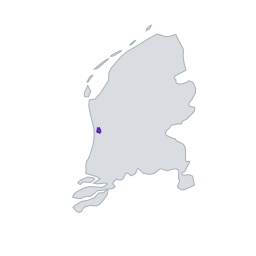 location of Haarlem, Noord-Holland, Netherlands, rotated 333°
{"feature_id": "6326949B1246311998557", "entity_name": "Haarlem", "entity_type": "district", "adm_level": 2, "iso_a3": "NLD", "parent_name": "Netherlands", "parent_adm1": "Noord-Holland", "projection": "robinson", "projection_center": [4.639, 52.384], "detail": "fine", "context": "in_parent", "style": "filled", "palette": "violet", "viewbox_px": 256, "rotation_deg": 333, "n_neighbors": 0, "source": "geoboundaries", "source_scale": "gbopen_adm2", "svg_char_len": 3793}
<svg xmlns="http://www.w3.org/2000/svg" viewBox="0 0 256 256"><g transform="rotate(333 128 128)"><path d="M161.3,209.0L156.8,208.9L152.5,208.8L150.2,208.5L147.8,207.6L146.7,205.9L145.4,203.8L145.7,202.5L149.7,198.8L150.3,197.7L149.9,197.2L150.3,195.6L153.3,190.1L153.7,187.9L152.3,186.3L150.3,185.4L143.9,183.8L140.8,181.5L139.4,179.4L137.9,178.9L135.8,179.6L130.5,180.3L126.2,179.2L121.1,175.4L119.9,172.0L119.2,169.4L118.0,168.5L116.3,169.8L114.1,172.0L109.8,172.2L108.6,171.7L108.4,170.6L108.1,169.4L106.9,168.0L105.7,167.3L100.2,171.2L98.2,171.2L95.7,169.7L94.4,168.2L91.6,169.0L89.1,170.8L90.0,174.3L88.6,174.9L85.5,174.6L82.0,173.2L78.1,172.3L72.2,170.0L64.0,171.9L58.2,169.6L53.5,169.4L50.5,167.5L47.3,164.5L49.6,162.4L51.8,161.7L60.5,161.4L66.9,162.6L78.2,169.3L81.1,169.2L84.2,168.4L82.6,166.5L79.8,165.7L75.5,163.9L72.2,161.4L80.1,160.6L79.0,159.2L78.0,157.0L69.6,149.3L71.1,147.2L73.2,142.7L75.8,138.9L77.9,137.9L81.3,135.3L88.8,127.5L93.5,121.2L97.1,113.7L102.2,93.0L103.7,89.4L106.2,85.5L109.3,86.3L111.5,87.4L119.1,84.5L132.2,76.8L136.0,70.2L139.8,67.1L154.8,61.1L163.1,59.3L175.9,58.8L185.1,57.8L196.2,57.4L200.5,61.1L203.0,63.8L207.0,65.3L213.1,66.3L212.9,71.7L213.1,82.3L212.6,84.1L209.9,88.6L207.1,96.6L206.4,101.9L205.6,102.9L193.8,102.9L192.2,103.8L192.0,104.9L192.6,106.3L192.3,107.6L191.4,108.7L191.9,110.5L194.0,112.4L197.7,113.7L201.7,113.8L203.7,113.6L205.2,115.0L206.7,117.2L206.7,119.9L206.1,123.6L204.3,127.0L198.9,130.9L196.5,132.3L194.3,133.0L193.2,134.1L192.7,135.4L192.8,136.6L196.7,139.7L196.6,140.4L195.5,142.1L194.1,143.6L184.1,146.8L180.0,146.6L177.7,148.2L176.9,148.5L174.3,147.0L168.5,145.3L166.3,145.9L165.1,146.8L161.4,147.9L158.8,149.7L158.8,152.0L163.5,157.8L165.2,159.0L165.3,161.2L167.5,163.9L169.9,167.4L170.1,169.6L169.9,171.8L168.7,174.9L164.8,182.3L164.7,183.7L165.1,184.8L166.5,185.1L167.5,185.7L167.2,186.6L159.7,191.7L158.7,192.6L155.6,192.4L155.1,193.2L155.5,194.6L156.8,195.8L159.5,196.5L161.8,197.8L163.7,200.3L161.3,209.0ZM82.0,173.2L81.4,175.3L79.6,177.6L73.7,181.0L67.5,183.2L64.3,183.0L62.1,181.8L60.9,180.6L57.6,179.4L53.1,178.8L50.3,180.1L48.2,181.3L46.5,181.1L45.2,180.1L44.2,178.5L42.9,173.7L46.2,172.8L53.6,172.4L59.2,174.1L66.7,175.0L72.4,172.6L76.9,174.6L82.0,173.2ZM69.7,153.3L74.1,156.3L75.0,157.3L75.3,158.4L69.8,159.6L63.9,155.8L60.0,156.7L58.6,154.9L58.5,153.8L62.6,152.9L69.7,153.3ZM111.4,78.3L107.0,82.3L104.3,81.1L103.6,80.2L104.9,77.1L111.4,71.9L111.4,78.3ZM130.7,60.5L126.6,61.0L124.7,60.2L134.6,57.9L140.9,57.2L142.0,57.6L130.7,60.5ZM157.2,56.4L148.5,57.3L145.6,56.6L145.1,56.0L147.5,55.6L154.9,55.5L157.2,56.0L157.2,56.4ZM121.1,64.9L113.0,69.0L112.3,68.4L117.6,64.8L121.1,64.9ZM192.6,49.4L188.5,49.6L189.6,48.1L193.4,47.0L195.4,47.0L192.6,49.4ZM175.0,53.5L168.8,55.4L167.3,55.0L167.7,54.4L173.1,53.2L175.0,53.5Z" fill="#d9dde1" stroke="#a8b0b8" stroke-width="1"/><path d="M99.0,118.1L99.3,118.2L99.5,118.2L99.8,118.2L100.0,118.2L100.0,118.3L100.3,118.2L100.4,118.3L100.3,118.5L100.4,118.8L100.5,118.8L100.5,119.0L100.5,119.3L100.5,119.5L100.8,119.4L101.0,119.4L101.4,119.1L101.5,119.1L102.0,118.8L102.1,118.7L102.1,118.4L102.0,118.0L101.9,117.8L101.9,117.7L102.0,117.5L102.0,117.4L102.3,117.2L102.5,117.1L102.6,116.8L102.4,116.7L102.2,116.6L102.0,116.4L102.1,116.2L101.8,116.0L101.8,115.8L102.0,115.7L101.9,115.5L102.0,115.5L102.3,115.4L102.4,115.0L102.2,115.0L102.0,114.9L101.9,114.8L101.8,114.7L101.7,114.7L101.4,114.6L101.2,114.5L101.0,114.4L101.0,114.5L100.9,114.5L100.8,114.8L100.7,114.8L100.7,115.0L100.5,115.3L100.4,115.3L100.1,115.4L100.1,115.5L100.0,115.8L99.9,116.0L99.8,116.3L99.8,116.5L99.7,116.6L99.3,116.7L99.2,116.6L99.1,116.8L98.9,116.9L98.8,117.0L98.7,117.1L98.7,117.3L98.8,117.4L98.8,117.5L98.9,117.8L99.1,117.9L99.0,118.0L99.0,118.1Z" fill="#8b5cf6" stroke="#5b21b6" stroke-width="1.5"/></g></svg>